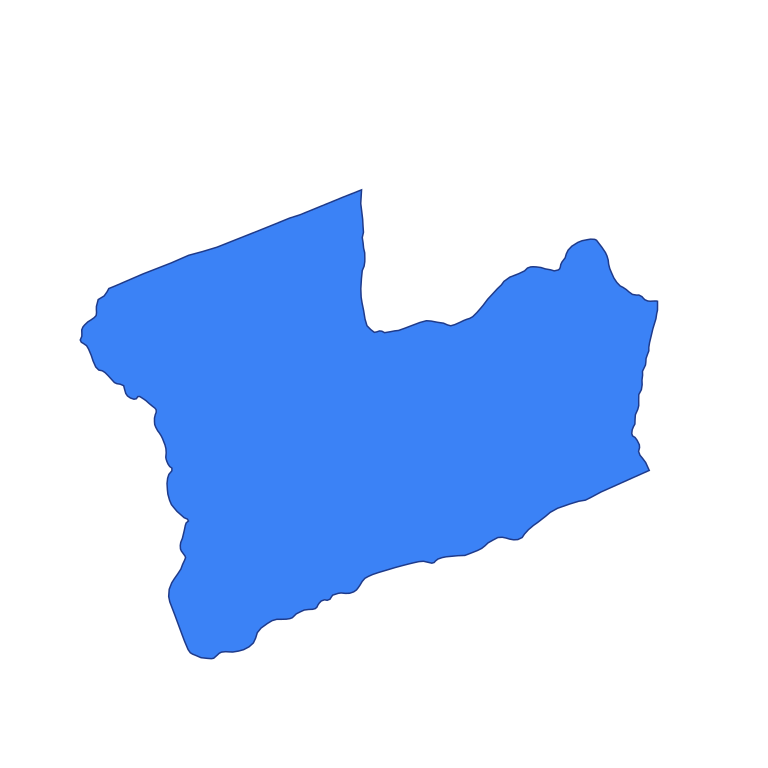 the district of Haut-Ntem, Wouleu-Ntem, Gabon, rotated 157°
{"feature_id": "22940354B67631152101375", "entity_name": "Haut-Ntem", "entity_type": "district", "adm_level": 2, "iso_a3": "GAB", "parent_name": "Gabon", "parent_adm1": "Wouleu-Ntem", "projection": "orthographic", "projection_center": [12.589, 1.764], "detail": "fine", "context": "isolated", "style": "filled", "palette": "blue", "viewbox_px": 768, "rotation_deg": 157, "n_neighbors": 0, "source": "geoboundaries", "source_scale": "gbopen_adm2", "svg_char_len": 4524}
<svg xmlns="http://www.w3.org/2000/svg" viewBox="0 0 768 768"><g transform="rotate(157 384 384)"><path d="M99.9,353.3L100.9,354.0L103.4,355.0L106.7,356.2L108.8,357.4L111.0,359.7L111.9,362.0L112.4,363.6L114.6,366.3L116.7,367.1L120.3,369.4L122.5,373.0L124.1,376.3L126.2,379.5L128.3,382.0L130.0,386.5L131.0,391.8L131.1,397.1L131.1,402.0L130.4,406.5L129.2,410.5L128.7,414.7L128.8,418.5L130.0,424.7L131.2,429.3L132.2,433.3L133.5,434.8L137.2,436.6L140.0,437.3L145.7,438.5L150.2,438.6L157.2,437.5L162.2,435.3L165.4,432.5L167.9,429.4L172.6,426.7L174.6,424.9L176.1,422.6L177.5,421.3L179.1,420.9L183.1,421.6L186.0,424.0L190.5,426.9L194.0,429.9L198.1,432.3L201.0,433.7L203.3,434.5L206.6,434.7L210.4,433.2L216.7,432.9L226.4,433.2L233.5,431.6L237.3,429.3L242.4,427.4L248.8,424.5L255.3,421.6L262.2,417.6L266.4,415.5L270.7,413.4L276.0,411.3L279.5,410.9L282.3,411.2L285.9,411.3L289.5,411.1L295.7,411.0L299.8,411.5L302.5,413.6L305.4,416.7L310.8,420.0L316.0,423.5L320.3,425.7L326.9,426.6L334.3,426.9L342.7,427.2L349.7,427.6L353.3,428.7L358.0,429.7L363.4,431.0L365.3,433.4L367.4,434.6L370.3,434.8L372.7,435.3L374.9,439.2L376.9,444.3L376.1,451.2L374.1,459.4L372.5,467.3L371.1,472.9L368.1,480.8L363.6,489.8L359.7,496.9L356.3,500.2L353.9,504.1L352.7,506.8L350.5,512.3L349.7,517.0L348.1,522.1L346.8,527.3L343.6,531.7L341.8,537.0L339.3,543.9L337.0,551.8L334.9,559.2L328.8,571.5L348.6,572.0L373.1,572.3L395.5,572.6L406.0,573.6L432.9,574.0L484.3,575.2L499.1,576.8L513.5,578.8L532.7,578.6L563.0,579.5L593.0,579.3L600.0,579.4L603.0,577.0L607.2,574.4L614.1,573.4L616.4,570.4L618.4,567.8L619.6,565.1L620.7,562.1L622.2,559.5L624.9,558.3L628.6,557.5L632.4,556.9L636.6,555.3L638.9,554.1L641.1,551.9L642.4,548.5L643.5,546.0L646.4,543.2L646.3,540.7L645.1,539.1L642.8,535.5L642.3,531.6L642.3,524.7L642.8,518.9L642.7,512.3L641.1,508.3L638.1,506.2L636.3,503.5L634.7,499.6L633.0,494.7L631.6,490.7L629.8,488.7L626.9,486.9L624.3,484.2L624.9,480.3L625.4,476.2L624.8,473.2L622.9,470.2L620.1,467.7L617.7,467.2L615.5,468.6L613.7,467.9L612.6,466.3L611.1,464.1L609.5,461.5L607.9,458.0L606.2,454.7L604.3,451.3L603.8,449.4L604.7,447.0L606.4,445.3L608.6,442.3L610.0,439.0L610.9,436.3L611.0,433.4L610.6,429.3L610.0,427.0L609.4,423.6L609.2,420.4L609.3,417.2L609.4,413.5L610.0,409.7L611.4,405.7L612.6,403.5L613.5,401.8L613.9,400.0L614.1,397.8L614.1,394.8L613.5,391.8L612.1,389.4L613.2,387.0L617.3,384.9L620.0,381.8L622.6,377.2L624.7,371.3L626.0,367.0L626.8,360.8L626.8,356.0L625.8,352.5L624.3,347.6L622.3,343.4L620.2,339.0L617.7,336.4L617.6,334.3L620.4,333.4L622.1,331.5L625.3,326.9L629.9,320.7L633.0,317.6L634.6,315.0L635.8,311.7L635.8,309.5L635.0,306.1L634.4,303.5L634.5,301.7L636.3,299.8L639.8,296.7L643.3,293.0L648.2,289.7L653.2,286.6L657.1,283.9L661.9,279.0L665.2,272.6L666.3,267.2L666.8,253.2L667.8,232.4L668.1,225.2L668.1,216.1L667.3,212.3L665.8,210.2L663.1,207.5L659.4,203.6L653.7,200.4L650.2,198.6L647.9,198.1L643.7,199.5L641.0,200.5L638.4,200.7L634.4,199.5L631.8,198.2L628.0,196.4L622.3,195.0L617.0,194.3L610.9,194.8L605.4,196.7L601.4,200.3L597.8,204.6L592.5,207.4L585.0,209.1L579.5,209.9L574.6,209.3L570.4,207.5L565.8,205.7L562.3,204.8L559.7,204.7L554.5,206.7L549.8,207.0L545.7,207.1L541.5,205.9L537.7,204.5L535.0,204.1L532.9,204.8L531.3,206.3L529.3,207.6L526.5,208.8L523.1,208.6L520.8,207.1L517.8,207.0L516.3,208.1L513.8,209.7L508.0,209.2L505.1,208.4L501.3,206.3L497.4,204.8L493.1,204.5L489.8,205.2L487.6,206.4L484.6,208.3L481.2,210.8L477.5,212.6L473.6,213.0L468.8,213.1L462.5,212.6L452.9,211.5L445.5,210.7L437.6,209.6L431.6,208.7L426.2,207.8L421.4,206.9L416.9,205.4L412.9,202.5L410.0,200.4L407.6,200.1L405.7,201.0L402.7,201.8L398.4,201.5L394.4,200.7L389.1,199.0L383.1,197.1L376.5,194.6L371.1,194.4L362.9,194.2L358.3,194.5L354.3,195.6L350.3,197.1L345.2,197.7L339.2,198.2L335.0,196.7L331.8,194.5L328.9,192.1L325.5,189.9L321.6,188.5L316.8,188.7L313.3,191.0L307.9,193.5L301.8,195.4L296.7,196.5L286.9,199.1L281.2,200.9L272.9,201.8L260.3,201.0L250.6,200.0L244.0,198.4L237.5,198.8L226.5,199.8L191.6,200.5L174.3,200.8L173.6,200.8L173.8,209.5L175.1,214.8L176.2,218.4L176.0,222.5L173.6,225.6L172.7,228.3L173.0,233.3L173.8,236.7L175.5,239.1L175.3,241.6L173.4,244.9L171.0,247.3L168.7,249.1L166.6,253.6L164.6,257.5L160.4,261.4L158.0,264.5L155.7,270.0L153.6,274.7L149.3,278.2L146.7,282.4L145.0,286.8L142.5,291.1L141.1,294.7L138.6,296.9L135.9,299.3L134.5,301.7L132.8,305.1L129.9,308.3L127.3,311.0L125.9,314.3L123.4,318.3L118.8,324.5L115.0,329.7L108.2,337.8L105.5,342.2L103.4,345.1L101.4,349.7L99.9,353.3L99.9,353.3Z" fill="#3b82f6" stroke="#1e3a8a" stroke-width="1.5"/></g></svg>